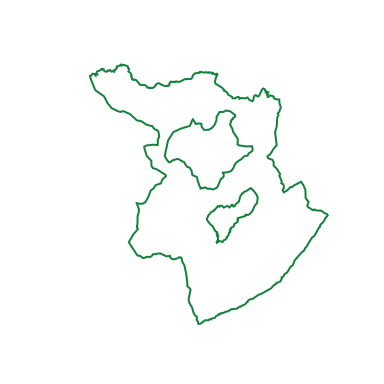 Minahasa, Sulawesi Utara, Indonesia, rotated 20°
{"feature_id": "22746128B63895215577583", "entity_name": "Minahasa", "entity_type": "district", "adm_level": 2, "iso_a3": "IDN", "parent_name": "Indonesia", "parent_adm1": "Sulawesi Utara", "projection": "albers", "projection_center": [124.81, 1.242], "detail": "fine", "context": "isolated", "style": "outline", "palette": "green", "viewbox_px": 384, "rotation_deg": 20, "n_neighbors": 0, "source": "geoboundaries", "source_scale": "gbopen_adm2", "svg_char_len": 6004}
<svg xmlns="http://www.w3.org/2000/svg" viewBox="0 0 384 384"><g transform="rotate(20 192 192)"><path d="M175.7,72.8L174.7,72.5L174.3,73.2L174.1,72.9L173.6,73.5L172.3,73.6L171.3,73.0L170.7,73.6L170.6,73.0L168.5,73.3L168.6,72.9L168.4,73.6L167.2,73.6L167.2,74.2L165.2,74.7L164.6,74.4L162.0,75.8L159.7,76.0L158.8,76.9L158.5,76.5L159.9,75.8L158.4,76.4L157.2,78.0L154.2,79.5L152.9,82.1L153.2,84.2L152.3,86.3L146.8,88.3L142.6,92.8L140.1,93.4L139.9,92.6L140.0,93.4L139.1,93.6L139.0,94.3L137.1,94.6L136.4,95.4L134.3,95.5L133.6,97.5L133.9,98.5L133.4,98.6L134.0,98.5L134.1,99.5L133.1,100.7L132.7,100.4L131.1,101.6L126.6,101.7L124.1,101.1L123.0,101.4L121.6,102.9L121.3,103.8L122.1,104.1L121.3,104.0L121.2,105.3L119.9,107.2L119.0,108.0L116.4,108.5L116.6,108.9L114.1,109.1L113.2,108.1L110.8,107.6L107.1,109.0L106.0,108.8L105.9,109.4L105.8,108.4L101.3,106.0L99.5,106.0L98.9,106.8L97.0,106.5L96.9,105.4L95.8,104.6L95.5,103.6L95.2,103.8L94.8,102.5L93.5,101.2L91.1,100.6L90.6,97.6L89.6,97.4L88.6,95.8L85.3,95.8L83.8,96.1L82.5,97.3L82.1,96.9L82.1,97.5L81.2,97.3L79.9,98.8L78.8,99.3L78.4,100.4L79.0,101.0L78.6,102.8L77.3,103.8L77.7,104.7L76.9,105.2L77.2,105.6L76.0,105.6L75.4,106.3L73.1,105.4L72.3,106.7L71.2,106.7L71.0,107.8L69.9,108.5L67.3,108.0L67.0,106.8L65.0,107.1L64.7,108.4L61.5,111.4L61.5,112.6L62.8,113.9L61.4,114.2L61.6,115.5L59.9,114.5L58.3,114.7L57.1,117.6L56.5,117.9L58.1,120.3L66.2,129.3L76.8,132.3L82.1,137.3L87.8,140.7L95.9,141.5L98.3,140.7L99.8,139.5L107.2,140.0L115.7,143.5L120.2,142.8L126.3,144.3L132.1,143.7L135.1,145.7L138.3,145.9L139.6,146.5L142.3,151.3L142.0,154.4L143.7,159.7L139.4,160.8L133.5,163.7L131.6,165.7L132.6,167.6L137.1,173.5L143.2,176.7L144.9,181.2L146.9,182.9L151.7,182.8L161.4,185.0L162.1,186.0L159.9,190.2L159.8,194.6L155.5,198.0L154.7,201.7L152.7,204.7L152.6,212.1L151.6,217.6L149.9,219.6L147.6,220.8L143.9,221.4L148.0,226.3L148.9,229.2L149.1,233.2L151.6,240.4L152.0,243.2L152.6,244.4L153.9,245.2L151.3,252.2L149.8,260.8L161.7,269.8L163.2,270.3L164.9,269.7L168.4,270.9L170.0,270.1L171.4,268.5L174.9,267.3L175.8,266.4L176.8,263.6L179.3,262.9L179.8,262.1L183.1,260.6L190.1,261.2L193.1,259.6L194.2,261.2L197.2,261.9L200.3,259.9L202.6,257.5L204.5,257.4L206.9,261.0L209.9,263.5L214.6,271.0L218.9,279.4L219.8,282.1L223.1,283.4L224.1,284.4L225.5,294.0L227.4,297.1L231.6,300.5L234.3,304.4L237.0,307.0L239.2,307.4L240.1,310.5L242.1,311.8L242.9,313.7L244.3,313.3L245.5,312.5L246.4,310.2L247.1,310.0L248.3,307.9L251.2,307.0L252.1,305.5L253.5,305.3L253.9,304.1L256.4,302.5L257.0,300.7L259.0,297.8L259.4,298.0L260.2,296.3L260.9,296.4L261.9,295.1L262.9,295.0L264.4,293.1L266.6,291.9L268.9,288.8L274.2,286.2L276.0,283.3L277.5,282.8L277.6,282.0L280.3,279.4L281.3,276.7L281.8,276.5L281.9,274.7L282.5,273.8L283.6,272.7L285.2,272.1L290.3,265.1L291.3,264.7L299.2,255.6L300.9,251.2L302.2,250.2L302.3,249.0L305.6,245.8L306.0,243.2L305.4,241.6L306.2,241.4L306.9,239.5L306.9,237.6L308.9,235.1L310.2,228.4L311.8,226.2L311.8,221.3L315.5,211.7L317.4,208.4L317.4,206.4L318.3,204.2L320.2,194.3L322.1,191.0L323.5,181.9L324.1,181.1L323.8,179.0L325.6,175.4L326.5,170.5L327.5,167.6L326.2,166.5L323.9,166.6L320.9,165.6L318.8,165.5L317.4,166.3L314.4,166.8L313.0,166.5L312.2,167.7L306.2,166.5L305.0,165.5L304.9,161.4L300.9,158.9L297.9,151.4L294.9,148.0L291.1,145.0L285.3,151.3L284.4,153.1L282.9,153.6L280.7,158.3L278.4,160.9L276.5,159.2L277.0,157.1L275.8,154.2L274.8,153.3L273.0,153.3L272.7,151.3L268.5,146.8L268.7,145.0L263.7,141.1L259.7,139.4L258.7,136.3L256.7,134.3L252.1,134.2L250.8,133.1L250.8,132.3L252.7,129.5L253.9,123.3L255.6,119.1L249.5,107.1L249.3,101.8L246.7,93.3L246.9,90.2L245.7,88.8L246.6,86.8L246.5,82.1L243.5,78.1L242.4,75.2L240.2,76.0L237.5,76.1L236.3,75.3L236.2,74.5L234.3,74.2L232.5,74.5L232.2,75.6L230.6,76.7L230.4,75.6L229.6,75.3L229.9,74.4L228.6,74.0L229.5,72.3L228.2,72.4L227.9,73.2L227.1,73.0L227.4,72.0L226.1,71.7L225.4,70.7L223.7,70.3L222.8,71.3L222.2,78.5L221.2,79.8L218.7,79.1L217.6,80.6L218.1,84.8L217.6,86.1L214.2,85.8L211.9,84.2L209.7,86.0L206.2,86.7L204.8,88.2L204.0,87.1L203.0,86.8L201.5,87.8L200.5,89.2L198.1,90.1L197.1,88.9L193.0,88.3L190.4,86.2L187.2,85.8L187.4,85.1L184.3,83.6L177.1,82.2L175.8,80.5L175.4,76.3L175.7,72.8ZM200.6,103.1L206.4,105.1L206.5,107.1L205.0,108.7L205.5,109.8L204.5,110.6L204.2,111.9L204.7,113.1L204.7,115.7L208.5,118.9L209.6,121.0L216.9,126.5L218.6,131.8L220.0,132.1L226.9,130.8L232.8,128.5L234.2,130.8L234.7,132.7L232.0,136.5L231.8,138.8L228.9,140.5L227.0,144.4L224.4,147.8L222.9,151.1L222.6,156.3L221.6,158.8L218.9,161.2L214.4,163.2L215.9,164.9L216.4,166.6L215.7,168.7L214.6,169.9L214.3,177.8L213.7,179.7L211.0,182.4L207.5,182.7L205.8,183.7L203.0,183.1L198.9,185.8L198.7,185.0L197.1,184.0L193.0,178.7L191.9,176.6L189.3,176.0L186.7,176.1L184.3,172.2L181.8,170.1L178.3,169.8L174.0,166.4L172.2,166.6L168.5,165.7L167.0,165.9L163.1,168.7L161.0,171.8L160.1,171.9L157.2,170.3L154.0,167.3L151.9,151.8L153.9,142.2L159.9,136.2L167.3,130.7L167.8,127.2L167.4,125.3L168.1,123.4L172.3,126.8L174.4,125.4L177.5,124.7L178.7,127.4L182.2,129.5L186.6,127.7L189.1,124.5L190.2,121.1L190.5,116.3L189.4,113.0L190.5,107.5L194.3,105.9L196.0,103.8L200.6,103.1ZM245.9,168.2L250.0,170.1L253.8,172.6L255.7,174.9L256.9,180.1L255.6,183.6L255.3,188.9L253.8,193.0L252.3,194.6L250.1,194.9L250.2,196.4L244.0,200.9L244.7,202.0L244.3,202.7L244.9,203.1L244.9,204.7L242.6,207.8L243.1,209.2L242.4,210.9L240.6,212.5L241.2,213.7L240.5,214.8L241.5,215.7L241.3,217.0L240.8,217.2L241.0,220.7L240.0,222.5L240.5,223.4L239.5,225.5L238.1,226.8L237.9,228.5L234.5,228.7L232.7,231.2L232.2,230.6L232.9,227.9L231.9,226.5L231.9,225.0L230.9,224.8L231.4,224.1L230.4,222.8L229.8,223.2L229.4,222.6L229.4,221.2L227.4,220.8L223.2,217.2L219.5,215.7L216.0,213.4L215.2,212.5L215.4,208.3L217.0,204.2L219.2,202.0L218.9,201.2L219.7,200.5L221.1,196.5L222.6,196.5L222.5,195.7L224.9,194.7L227.2,195.8L230.0,192.9L232.6,193.7L233.7,190.4L234.4,190.3L235.7,191.5L236.9,190.8L237.3,188.4L239.3,185.1L238.9,179.3L239.6,176.2L240.1,176.2L241.1,173.8L242.6,172.7L245.9,168.2Z" fill="none" stroke="#15803d" stroke-width="2"/></g></svg>